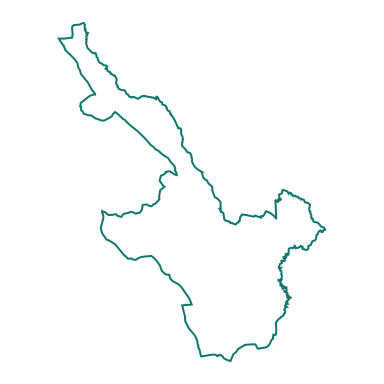 Sumbawanga, Rukwa, United Republic of Tanzania (Mercator projection)
{"feature_id": "72390352B27717411944051", "entity_name": "Sumbawanga", "entity_type": "district", "adm_level": 2, "iso_a3": "TZA", "parent_name": "United Republic of Tanzania", "parent_adm1": "Rukwa", "projection": "mercator", "projection_center": [31.975, -8.085], "detail": "fine", "context": "isolated", "style": "outline", "palette": "teal", "viewbox_px": 384, "rotation_deg": 0, "n_neighbors": 0, "source": "geoboundaries", "source_scale": "gbopen_adm2", "svg_char_len": 5964}
<svg xmlns="http://www.w3.org/2000/svg" viewBox="0 0 384 384"><path d="M58.8,38.6L62.8,44.9L63.7,45.6L65.2,49.9L72.3,56.8L75.2,59.9L77.5,63.4L78.4,67.9L79.8,69.9L80.9,73.9L87.9,82.5L91.6,89.4L95.2,93.9L95.1,94.6L93.7,94.5L89.8,95.8L80.6,103.1L80.6,105.0L80.1,106.2L81.1,106.7L81.1,110.3L82.6,111.2L83.7,113.7L88.2,115.2L91.1,115.4L95.4,118.3L102.3,120.7L104.8,120.3L110.9,117.0L112.1,115.9L112.7,114.3L115.1,112.0L117.9,114.1L123.2,119.1L125.2,120.1L126.6,121.9L130.7,125.7L137.6,131.1L146.0,139.4L150.8,145.1L153.2,146.7L155.4,149.2L158.2,150.6L163.1,155.0L168.0,158.0L170.7,161.9L174.4,166.0L175.3,168.5L175.0,170.6L176.4,172.6L176.8,175.1L175.5,174.8L170.0,171.5L168.2,171.3L165.8,172.0L166.0,172.4L164.1,174.3L160.9,175.8L159.6,180.8L163.4,186.0L164.6,186.8L160.2,190.2L159.2,196.1L159.4,199.1L158.9,199.9L155.1,203.9L153.6,204.1L152.7,205.4L151.1,206.3L148.9,205.7L146.6,204.4L143.1,204.9L142.5,205.4L142.0,209.5L139.9,212.7L135.6,213.6L133.2,212.3L130.4,211.9L128.7,212.8L123.6,213.9L121.2,216.9L117.3,215.7L116.2,214.3L115.3,214.1L113.0,214.8L108.7,215.1L104.7,212.0L102.7,211.6L102.2,211.1L102.0,212.3L103.1,214.8L103.4,217.8L100.7,228.2L102.2,233.3L106.5,239.5L109.4,240.7L115.1,244.2L123.4,254.3L128.1,258.8L131.3,258.4L133.0,259.5L135.4,260.0L138.5,258.1L141.6,256.9L151.2,255.9L153.2,257.3L156.8,261.0L159.9,265.5L162.0,271.1L165.5,274.4L169.4,274.9L170.1,278.3L172.4,280.9L178.5,284.3L181.4,287.1L189.3,298.5L191.7,304.5L182.2,305.4L185.0,316.6L185.2,321.1L189.2,328.9L194.5,335.0L196.0,337.6L197.4,341.5L197.6,344.2L198.4,345.6L198.2,347.2L199.4,349.4L201.0,356.2L202.6,356.3L210.8,354.8L214.4,354.6L215.7,354.8L216.8,355.9L217.7,356.1L218.7,354.9L220.2,354.9L220.6,355.4L221.2,355.2L222.7,356.6L223.9,358.3L227.1,360.0L230.5,361.0L233.4,354.2L236.1,352.1L238.2,348.9L245.2,344.8L254.8,344.2L256.0,345.2L256.9,347.5L258.2,348.7L265.8,347.4L267.9,346.3L270.0,343.6L271.5,339.9L273.0,338.8L272.9,336.6L273.5,335.7L273.4,334.7L275.0,335.1L276.0,334.2L276.3,329.7L275.9,322.6L278.6,319.0L280.1,318.1L280.9,317.0L282.4,316.4L284.0,314.5L284.1,313.5L284.9,313.0L285.2,311.1L284.2,309.8L285.3,307.5L286.9,307.1L286.2,306.5L285.4,306.9L285.0,305.7L285.9,304.4L287.4,304.0L286.9,303.7L286.2,303.9L285.9,302.8L287.2,302.3L286.6,301.5L286.8,300.8L287.8,300.6L289.8,298.2L290.7,297.7L290.5,297.3L289.4,297.2L287.8,298.0L287.4,297.8L287.2,296.8L288.2,295.8L287.0,295.3L286.8,294.7L287.7,293.8L286.9,292.6L285.6,292.5L284.5,291.2L285.1,291.1L286.1,291.8L286.5,291.3L286.6,289.0L285.8,288.1L286.3,287.4L284.6,287.0L283.7,288.7L282.5,288.6L282.6,288.0L283.2,288.1L283.2,285.9L281.9,285.1L281.2,286.1L280.3,285.0L280.4,284.2L281.2,283.7L279.9,281.8L281.1,281.0L281.3,280.4L279.6,281.2L278.5,280.5L278.5,279.9L279.7,280.2L281.5,278.4L282.0,275.7L281.2,274.2L281.6,273.5L281.4,271.2L280.3,270.8L279.8,269.8L280.9,268.0L279.5,268.5L278.7,267.8L280.0,264.0L281.8,263.1L281.4,260.9L282.0,260.7L284.1,261.2L284.7,260.6L285.0,259.5L283.6,258.4L283.4,257.2L284.2,256.9L285.3,258.1L285.9,257.9L286.1,257.3L285.1,256.6L286.0,253.9L287.4,253.8L287.6,255.2L288.5,254.6L288.8,248.7L291.6,247.6L292.9,248.3L293.7,247.8L294.6,245.8L295.2,246.4L295.7,248.3L299.3,247.4L300.8,245.9L302.7,247.1L302.2,247.8L302.6,249.1L304.7,249.4L305.9,250.0L307.6,249.6L308.5,248.3L308.2,246.1L310.7,245.0L312.4,241.2L314.5,240.6L315.8,239.5L316.6,234.8L317.5,234.4L318.6,231.8L320.3,230.4L321.0,230.6L321.5,232.1L322.3,232.1L323.0,231.6L323.6,230.1L325.2,229.7L324.0,227.5L321.4,226.8L317.9,222.7L313.6,221.8L312.6,218.6L311.7,218.7L311.3,217.6L311.3,214.7L310.0,212.9L310.5,211.6L309.4,210.7L309.1,209.2L310.0,204.7L308.4,203.2L304.9,202.2L303.8,199.7L301.7,199.2L301.2,199.5L301.0,198.7L298.6,198.2L297.8,196.6L296.1,196.7L295.0,195.7L294.1,195.9L293.8,195.6L293.1,196.1L292.4,195.1L291.1,194.5L290.9,193.9L291.4,193.8L291.3,193.2L289.4,192.6L288.6,193.7L287.3,191.4L283.2,189.9L282.5,190.1L281.9,193.1L281.3,193.8L279.0,194.6L279.3,197.3L280.9,199.5L280.2,200.1L279.2,199.3L278.3,199.2L278.0,200.1L278.5,201.5L278.1,201.9L276.0,200.6L275.4,199.6L276.3,219.1L275.1,217.0L270.8,213.3L266.3,211.2L265.5,211.8L265.4,212.7L263.1,216.2L261.5,215.9L260.9,216.6L261.1,217.6L254.9,215.6L254.2,216.5L252.8,216.5L245.2,214.8L241.7,214.6L241.4,215.8L240.3,216.8L239.6,221.0L238.8,221.1L238.5,222.5L237.1,222.7L235.8,224.4L233.4,223.8L232.6,223.1L230.5,223.1L229.8,221.6L228.8,221.7L227.5,220.9L225.6,220.6L224.4,219.6L223.3,212.8L221.2,212.0L221.3,211.3L220.2,210.7L220.9,209.2L219.5,208.6L220.6,207.5L220.5,201.9L216.8,198.0L214.8,197.2L212.3,190.4L212.2,186.8L208.4,183.3L206.8,180.3L204.7,179.2L203.3,177.6L201.6,171.8L200.5,171.6L201.3,171.6L197.8,169.6L194.6,166.7L192.0,161.8L192.1,159.0L191.3,157.3L191.6,156.1L190.3,153.2L187.2,152.0L185.2,149.0L182.1,145.8L181.9,143.1L182.5,142.7L182.5,140.6L183.0,139.3L182.4,136.6L181.0,133.1L181.3,131.5L180.8,128.6L180.0,128.2L178.4,128.4L174.6,120.1L172.1,115.9L171.4,115.5L171.1,114.0L170.4,113.9L169.4,111.2L167.3,110.2L166.7,107.6L166.4,107.6L166.5,107.1L165.5,105.6L162.4,104.5L162.0,102.3L160.2,101.6L158.2,98.7L158.1,97.7L156.8,96.6L156.4,96.8L156.0,99.2L153.3,97.6L151.7,97.6L150.7,97.0L148.7,97.1L146.1,96.2L144.8,96.4L144.4,95.9L142.1,96.1L138.0,98.8L133.8,97.0L132.3,97.1L131.6,97.5L130.8,96.8L130.2,97.1L129.0,96.3L127.7,94.2L126.5,93.8L125.2,90.9L123.9,90.1L121.8,90.1L119.2,89.1L117.7,87.2L117.2,85.8L117.5,85.8L116.0,83.4L116.8,79.4L114.9,75.8L114.2,75.8L114.2,75.4L113.6,75.4L112.5,74.5L110.6,73.8L110.6,72.7L109.9,72.3L109.7,71.7L108.9,71.8L107.5,70.9L107.2,69.1L105.7,69.0L105.6,68.6L107.2,66.7L106.3,65.5L103.6,65.2L102.1,63.8L99.4,62.6L97.8,59.4L97.6,57.9L96.6,57.1L96.3,54.8L95.6,53.2L94.6,53.6L93.7,52.8L92.4,52.9L87.5,48.0L86.0,42.7L86.6,41.4L86.1,39.4L86.7,39.0L86.3,36.0L86.5,35.3L87.3,35.2L87.3,33.8L87.9,33.1L86.1,32.9L86.3,32.0L85.0,30.3L85.6,29.2L84.8,28.8L84.6,26.4L85.0,24.9L83.7,23.0L81.4,23.6L79.7,24.6L74.0,25.1L72.5,26.4L72.0,27.4L72.6,34.0L72.2,37.6L64.1,38.6L58.8,38.6Z" fill="none" stroke="#0f766e" stroke-width="2"/></svg>